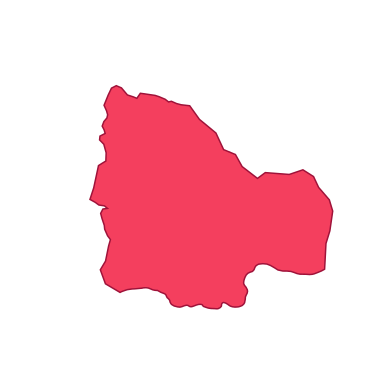 outline of Mobaye, Basse-Kotto, Central African Republic, rotated 333°
{"feature_id": "33826404B98868976507956", "entity_name": "Mobaye", "entity_type": "district", "adm_level": 2, "iso_a3": "CAF", "parent_name": "Central African Republic", "parent_adm1": "Basse-Kotto", "projection": "albers", "projection_center": [21.19, 4.52], "detail": "fine", "context": "isolated", "style": "filled", "palette": "rose", "viewbox_px": 384, "rotation_deg": 333, "n_neighbors": 0, "source": "geoboundaries", "source_scale": "gbopen_adm2", "svg_char_len": 2414}
<svg xmlns="http://www.w3.org/2000/svg" viewBox="0 0 384 384"><g transform="rotate(333 192 192)"><path d="M229.1,114.1L222.0,109.4L218.4,106.2L214.8,101.8L212.0,101.1L210.2,97.2L205.9,92.1L203.0,89.2L194.4,83.1L190.8,80.6L185.4,83.5L182.9,80.6L178.5,76.2L176.4,67.2L172.8,62.9L167.4,62.9L161.3,67.6L153.0,74.8L152.7,80.9L151.9,84.9L149.8,87.4L145.5,89.2L141.9,92.5L141.9,96.8L141.2,100.4L139.4,100.4L135.4,100.4L133.3,103.6L135.1,109.4L133.3,118.1L129.3,125.3L125.1,125.6L120.7,126.0L106.3,143.7L97.7,152.3L100.9,157.0L103.1,161.3L107.7,164.6L109.2,168.2L104.9,166.7L100.9,169.6L99.8,174.7L98.7,181.9L97.3,185.5L96.9,192.7L97.7,197.4L93.3,202.1L83.6,214.3L75.0,219.7L73.2,234.5L82.3,248.8L83.5,248.8L84.9,248.9L87.2,249.2L89.9,249.6L92.3,250.4L94.6,251.2L97.3,252.4L103.6,254.9L105.7,255.5L107.9,256.6L109.6,257.8L112.6,261.3L114.4,262.8L116.6,264.1L117.3,265.1L118.7,267.2L121.3,270.1L121.8,271.0L122.0,271.7L122.0,272.7L121.9,273.6L121.9,274.5L122.0,275.2L122.4,275.9L122.7,277.1L122.9,278.1L122.8,279.0L122.5,279.9L122.5,280.7L122.5,281.6L122.7,282.8L123.3,283.8L124.4,285.5L126.0,286.9L127.1,287.9L129.0,289.1L131.0,289.6L133.2,289.8L135.5,290.3L136.8,291.1L137.9,292.9L138.7,293.6L139.8,294.1L141.8,294.4L144.7,294.7L147.0,295.2L148.5,295.9L149.6,296.7L149.9,297.2L150.0,297.6L150.0,298.1L150.1,298.6L150.4,299.3L152.2,301.2L153.6,302.6L155.0,303.7L156.4,304.6L158.9,306.0L160.2,306.8L161.4,307.5L162.4,307.8L163.4,307.8L164.5,307.8L165.4,307.5L166.3,307.1L166.7,306.6L167.1,305.9L167.6,305.3L168.1,304.9L168.9,304.6L169.8,304.7L170.6,305.3L171.6,306.3L172.8,308.2L173.6,309.8L174.4,311.1L175.9,312.6L177.8,313.9L179.7,314.8L181.6,315.5L183.4,315.8L185.2,315.9L187.1,315.4L188.6,314.5L190.8,311.7L191.9,309.8L193.3,308.6L195.2,307.2L196.4,305.7L196.9,304.2L196.9,301.4L196.4,299.1L196.4,297.4L196.8,296.3L198.0,294.5L200.2,292.3L202.5,290.6L204.8,289.8L207.3,289.8L209.5,290.2L211.2,289.8L212.5,289.0L213.7,287.8L215.7,286.7L218.5,286.5L222.5,288.0L226.0,290.2L228.6,293.1L231.0,296.8L233.2,300.5L237.0,303.6L240.8,305.6L244.1,307.7L246.5,310.1L248.5,312.3L250.7,314.1L256.3,317.1L259.3,318.9L261.7,319.9L263.8,320.4L267.5,320.8L271.5,321.1L275.1,321.0L288.0,298.7L297.2,289.2L308.7,272.9L310.8,261.3L306.9,245.4L307.3,233.4L300.9,222.6L286.6,220.5L266.1,208.0L256.5,209.6L248.2,192.1L247.7,178.3L239.4,168.6L240.1,150.3L231.6,130.7L229.1,114.1Z" fill="#f43f5e" stroke="#9f1239" stroke-width="1.5"/></g></svg>